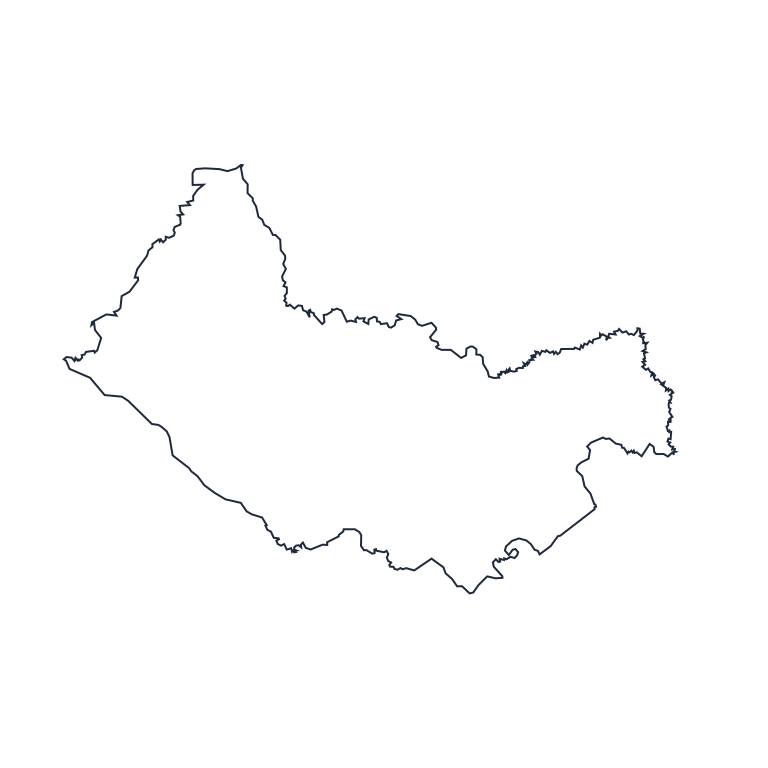 Majalengka, Jawa Barat, Indonesia, rotated 125°
{"feature_id": "22746128B87647472826371", "entity_name": "Majalengka", "entity_type": "district", "adm_level": 2, "iso_a3": "IDN", "parent_name": "Indonesia", "parent_adm1": "Jawa Barat", "projection": "albers", "projection_center": [108.194, -6.808], "detail": "fine", "context": "isolated", "style": "outline", "palette": "slate", "viewbox_px": 768, "rotation_deg": 125, "n_neighbors": 0, "source": "geoboundaries", "source_scale": "gbopen_adm2", "svg_char_len": 6154}
<svg xmlns="http://www.w3.org/2000/svg" viewBox="0 0 768 768"><g transform="rotate(125 384 384)"><path d="M547.4,660.5L547.3,657.7L552.0,650.3L547.5,628.3L553.3,606.5L544.7,591.4L544.5,583.9L549.9,551.2L546.9,545.3L546.7,541.7L547.4,534.9L550.5,529.3L563.7,516.2L564.7,495.5L566.1,491.8L566.5,483.7L570.0,473.1L570.3,460.3L569.4,447.7L563.5,433.1L567.1,423.5L566.6,417.6L563.3,407.3L566.9,399.1L568.0,399.9L570.3,396.1L569.8,391.9L573.2,386.1L570.9,381.8L571.4,381.0L574.1,382.3L576.0,379.2L575.5,375.7L572.4,373.9L575.4,368.7L571.8,365.8L574.2,363.0L572.4,362.8L573.4,360.9L572.3,359.9L572.1,361.5L570.6,360.1L571.2,362.2L569.5,363.8L566.8,363.3L565.0,361.3L565.3,358.1L563.3,359.9L560.4,359.5L563.1,354.1L561.6,349.1L550.9,342.2L548.4,338.2L546.2,339.8L534.8,333.7L533.5,334.5L528.2,332.8L526.1,333.7L519.7,324.5L519.4,319.5L520.8,316.0L529.8,310.0L531.7,305.1L530.2,303.3L529.7,296.3L527.9,294.7L525.2,296.9L523.9,295.8L524.9,294.6L521.8,287.4L519.2,286.2L520.9,282.9L524.6,282.1L526.6,278.9L526.1,275.8L529.3,275.8L530.1,274.2L528.3,271.3L529.4,269.5L528.5,266.5L525.3,264.9L525.1,262.5L522.1,260.2L519.4,252.3L499.8,244.9L500.1,230.2L503.8,224.8L504.6,216.7L507.8,208.0L504.9,204.2L506.4,193.7L503.6,191.3L494.7,191.3L482.4,189.1L479.2,181.2L474.8,175.8L473.6,176.8L470.7,189.2L467.7,192.5L463.4,191.9L464.1,188.0L462.8,187.0L460.9,189.0L459.3,184.7L457.9,185.5L457.4,183.2L453.0,181.2L451.6,177.2L447.9,176.7L444.8,177.7L443.8,181.7L446.0,183.6L452.5,183.6L451.1,189.4L447.1,190.9L439.0,189.1L433.1,184.9L430.5,177.7L430.9,171.9L433.4,165.6L432.4,162.2L434.3,158.8L421.3,154.5L409.0,154.3L407.1,152.6L365.8,139.7L364.2,140.9L363.0,139.9L361.5,141.6L361.8,142.9L355.3,152.1L352.9,160.9L345.7,168.8L344.7,176.2L342.6,177.9L339.6,178.7L334.9,177.4L327.9,173.6L320.0,177.2L318.7,181.7L313.3,180.8L302.2,173.9L301.8,170.9L299.3,168.0L299.9,160.0L297.7,154.8L299.6,152.3L298.7,150.8L301.2,144.7L299.2,145.0L299.1,143.7L296.7,143.2L297.4,141.1L295.4,141.1L296.8,139.2L295.0,137.8L295.4,131.5L280.7,132.0L280.8,127.1L284.8,123.5L285.2,120.7L280.9,114.7L280.6,109.8L274.8,108.5L275.6,105.9L274.1,107.8L272.3,106.3L272.7,107.6L270.5,108.4L272.4,110.4L269.5,111.1L270.8,113.4L270.2,116.2L267.8,116.0L268.5,118.8L265.6,119.7L264.8,117.6L258.5,121.3L259.8,122.7L258.3,123.6L259.6,124.6L256.8,128.1L254.9,127.5L252.0,129.7L251.1,128.2L248.9,131.0L249.5,128.3L247.2,129.9L245.5,128.9L243.3,134.4L240.1,135.0L239.9,137.1L237.1,139.4L235.6,139.9L234.9,138.6L233.9,140.9L232.2,139.9L229.1,141.3L228.9,143.6L224.3,141.8L225.9,143.4L224.2,144.4L224.2,146.3L226.5,146.9L224.8,148.4L227.6,149.4L225.4,150.5L225.3,156.2L223.9,154.8L221.8,155.4L224.5,156.8L223.0,162.2L225.3,164.0L223.7,166.8L220.7,166.8L222.7,167.6L222.5,168.6L219.9,169.1L223.5,169.9L220.7,171.1L221.3,173.0L219.7,176.5L222.1,177.5L221.7,182.4L218.5,181.1L217.6,184.9L215.5,183.0L214.9,185.7L213.3,184.8L209.9,188.6L207.6,187.2L208.7,191.1L205.4,189.6L202.1,192.3L199.2,192.0L202.5,195.7L200.6,194.9L199.4,197.2L195.9,198.2L197.8,198.6L198.0,201.9L194.0,200.1L195.7,203.0L192.0,206.3L193.0,208.4L195.0,207.0L200.6,207.4L201.1,210.3L203.0,211.8L201.9,215.8L205.1,218.2L204.1,223.0L206.3,222.9L209.2,225.6L210.6,222.7L213.8,228.4L216.6,227.4L216.7,225.7L217.9,227.1L220.8,227.1L217.4,228.7L217.9,233.5L219.5,233.7L219.0,235.8L222.2,233.7L227.7,238.0L230.7,236.8L230.9,240.4L235.2,240.1L236.0,243.0L240.1,242.0L239.3,244.6L243.5,243.4L244.7,248.6L246.2,248.4L253.8,259.0L257.4,258.0L260.0,258.9L259.1,261.7L261.8,262.0L260.3,264.2L263.4,265.9L263.2,270.3L265.1,270.2L266.3,273.7L270.6,273.2L269.4,276.2L270.6,278.7L271.8,276.5L274.1,277.1L275.1,275.5L276.2,276.5L274.8,278.2L276.4,279.5L277.0,277.8L278.5,277.8L278.7,275.8L281.2,278.7L282.6,277.4L285.7,277.5L284.3,279.1L286.7,279.1L286.8,281.4L288.4,278.8L289.7,280.3L291.3,279.5L293.4,282.8L296.0,284.2L297.1,282.8L299.2,284.4L300.8,288.1L299.2,290.0L301.0,290.1L301.4,288.4L303.9,289.7L302.5,291.5L305.5,291.0L305.0,292.8L306.9,294.3L306.6,295.9L308.1,293.8L309.4,294.9L308.8,292.9L311.0,295.6L312.7,293.3L316.0,297.4L317.7,302.3L314.2,306.3L310.6,314.4L305.4,318.6L305.0,322.0L306.9,325.3L302.6,328.2L302.4,332.6L303.8,334.8L307.8,336.7L313.5,333.2L318.4,335.8L317.7,348.8L323.0,356.4L324.2,361.8L323.6,362.7L320.9,361.6L318.9,364.3L320.7,370.0L319.3,373.1L309.6,372.4L308.0,373.9L306.6,380.2L314.5,386.2L315.6,390.4L313.4,395.3L313.0,401.1L318.5,412.3L321.0,412.7L320.9,407.0L325.0,410.5L329.8,408.9L333.8,410.6L334.5,412.8L332.5,416.4L336.7,420.9L335.5,423.2L336.8,425.6L334.0,427.9L334.5,430.5L339.9,433.6L343.8,431.3L344.5,436.7L341.2,437.6L344.9,442.1L344.4,444.1L347.4,444.6L349.2,442.5L351.2,447.7L354.3,450.2L348.2,460.9L349.3,465.9L352.1,467.5L352.5,469.3L354.7,468.4L360.0,470.7L362.0,473.0L367.5,468.3L370.4,469.0L367.6,481.0L366.3,482.0L367.0,485.2L365.6,487.1L367.1,487.8L372.0,483.1L369.2,489.1L370.0,492.6L367.1,496.0L368.8,499.3L373.6,500.6L373.0,506.6L375.3,507.3L376.0,509.0L373.3,510.5L373.0,513.6L370.6,513.5L368.9,516.0L365.3,515.7L360.6,519.0L361.4,522.4L357.2,523.1L357.1,526.3L354.3,529.2L346.0,530.4L343.5,535.4L338.2,536.6L335.6,538.7L333.5,545.4L325.3,551.8L324.2,558.4L325.6,560.6L321.9,567.5L322.3,573.4L319.3,577.9L319.1,582.8L312.0,590.5L309.1,596.7L307.2,597.9L305.9,605.3L298.6,610.2L296.7,617.4L288.7,625.4L285.9,625.3L286.6,626.8L292.3,628.7L299.4,634.3L302.5,642.3L310.0,654.3L315.6,661.2L317.9,662.1L321.2,661.7L330.7,654.9L324.2,646.1L332.0,648.2L339.4,648.2L343.1,645.5L347.8,649.6L348.8,645.6L355.3,653.5L359.5,649.5L360.3,645.8L363.9,649.6L363.9,646.9L368.9,642.8L370.3,642.3L375.3,645.5L378.7,644.7L380.0,642.2L383.0,641.3L387.4,643.8L388.6,647.2L391.0,645.6L394.6,646.2L393.6,649.7L395.9,649.4L394.7,651.4L402.4,653.9L404.7,652.1L409.6,653.5L414.9,651.7L431.3,652.0L439.8,649.2L437.9,646.7L440.1,644.9L454.4,645.4L462.5,649.3L472.9,643.5L476.3,644.0L479.8,646.5L481.4,642.3L486.3,651.4L500.8,658.7L503.6,657.4L500.1,656.7L505.5,651.8L508.5,642.1L520.8,638.2L524.2,639.0L523.1,640.5L528.6,646.5L531.7,646.2L533.7,648.2L535.5,646.4L539.2,646.9L539.2,648.1L540.4,648.1L539.6,650.2L540.9,650.4L540.1,651.6L542.7,650.8L541.6,655.0L544.0,659.5L547.4,660.5Z" fill="none" stroke="#1e293b" stroke-width="2"/></g></svg>